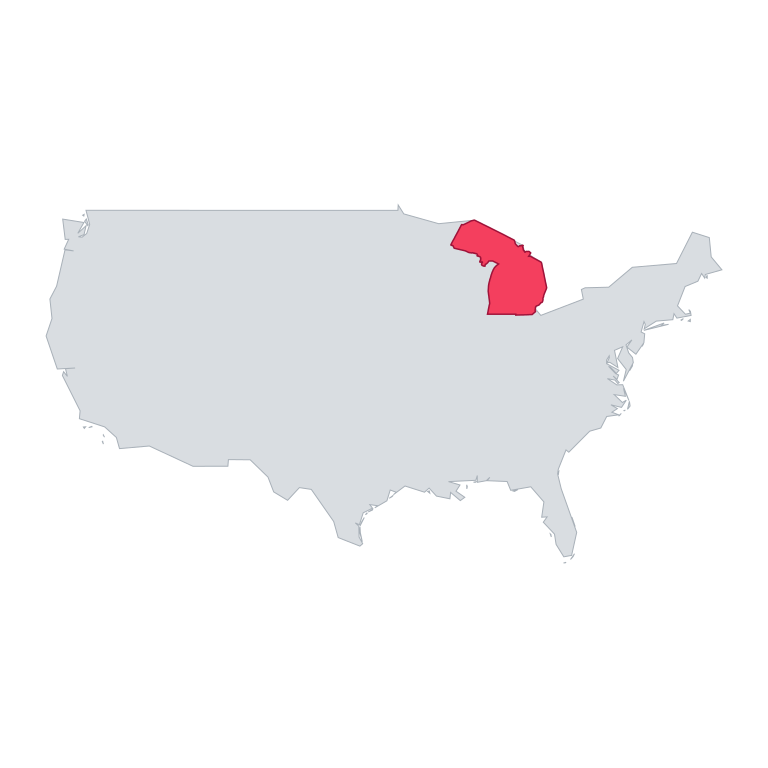 United States of America, with Michigan highlighted
{"feature_id": "USA-3562", "entity_name": "Michigan", "entity_type": "State", "adm_level": 1, "iso_a3": "USA", "parent_name": "United States of America", "parent_adm1": "", "projection": "robinson", "projection_center": [-86.829, 45.001], "detail": "fine", "context": "in_parent", "style": "filled", "palette": "rose", "viewbox_px": 768, "rotation_deg": 0, "n_neighbors": 0, "source": "natural_earth", "source_scale": "10m", "svg_char_len": 8699}
<svg xmlns="http://www.w3.org/2000/svg" viewBox="0 0 768 768"><path d="M632.3,267.3L676.5,263.5L692.4,232.2L709.3,237.6L711.2,256.9L721.9,269.8L705.3,274.5L704.7,278.1L701.6,273.5L697.9,281.2L685.1,286.5L677.5,305.9L685.4,314.2L690.3,313.2L688.8,309.6L690.4,311.3L691.1,315.4L676.9,318.1L674.0,313.7L672.8,319.7L656.3,321.1L644.2,328.8L645.3,324.4L644.0,321.6L641.1,332.0L644.7,333.8L643.9,342.7L635.9,354.2L626.9,347.1L631.9,339.9L626.0,344.9L628.7,352.9L632.5,357.5L633.3,362.6L623.4,381.2L626.2,369.5L617.6,358.5L622.7,346.8L614.5,350.3L617.9,367.5L609.8,362.3L607.0,362.9L609.4,357.5L609.2,355.8L606.6,360.0L606.6,363.7L619.0,370.3L616.3,373.4L610.7,367.4L608.6,366.4L615.6,373.6L618.6,375.0L617.0,379.4L613.2,376.0L619.2,382.6L617.8,383.5L614.9,380.1L607.4,378.6L616.8,384.9L622.7,384.7L629.0,400.6L623.5,388.3L625.4,396.3L614.2,394.6L622.4,402.5L626.3,400.2L621.5,407.4L610.9,404.8L617.4,408.6L611.9,412.2L618.6,414.8L606.7,416.5L600.8,428.0L589.7,431.2L568.8,452.2L566.0,449.9L558.3,469.2L557.6,473.9L561.2,488.7L576.7,532.4L571.6,555.4L563.8,556.8L556.1,544.4L554.5,534.1L543.3,522.2L547.1,516.9L541.7,517.2L543.9,501.9L530.8,486.8L510.7,490.3L507.1,481.5L487.3,480.7L489.8,477.3L486.3,480.7L477.3,482.3L477.3,475.5L475.8,480.3L448.5,481.6L460.0,485.0L456.0,491.2L464.8,497.3L460.3,500.6L450.6,492.4L449.9,498.8L436.5,496.1L429.1,488.1L424.5,492.2L405.0,486.0L393.4,494.7L396.3,492.3L390.2,490.0L386.9,500.8L374.8,507.8L377.6,505.7L369.8,504.6L372.5,508.2L363.2,512.8L359.4,524.7L355.3,522.9L358.8,526.1L359.1,537.1L362.7,543.7L359.9,546.1L338.2,537.6L333.7,521.5L311.3,489.4L299.4,487.6L287.6,500.3L273.7,491.9L268.0,477.1L250.2,459.8L228.4,459.6L227.9,466.2L193.0,466.3L149.3,446.0L119.5,448.6L116.4,437.5L104.7,426.9L79.4,418.7L80.1,410.8L62.4,375.5L63.6,371.7L67.4,376.4L65.5,368.7L75.1,368.0L57.3,369.0L46.1,336.0L52.0,318.5L49.9,299.0L56.6,286.2L65.0,249.9L73.6,250.9L64.2,249.1L68.7,239.3L65.2,239.4L62.7,219.1L83.9,222.5L77.8,233.3L86.1,225.7L84.0,234.6L78.4,236.8L82.1,237.2L86.7,233.5L89.7,224.4L86.0,210.3L397.9,210.4L398.2,205.0L403.8,213.9L438.7,223.7L474.4,220.2L522.7,245.3L524.7,251.8L541.4,262.4L546.7,288.0L535.2,308.7L540.8,315.4L583.3,299.1L581.4,289.5L585.1,287.8L608.7,287.2L632.3,267.3ZM661.5,325.4L668.6,324.3L643.8,330.4L664.1,323.0L661.5,325.4ZM86.3,219.0L88.2,224.7L87.8,225.6L84.6,221.3L86.3,219.0ZM362.3,541.8L359.7,532.2L360.0,526.7L360.3,532.5L362.3,541.8ZM707.2,275.2L707.2,278.2L706.1,277.5L707.2,275.2ZM429.3,490.9L429.8,493.2L427.6,491.4L429.3,490.9ZM88.7,427.6L91.8,426.4L92.0,426.8L88.7,427.6ZM85.6,426.8L84.3,428.4L83.4,427.0L85.6,426.8ZM683.4,318.6L681.6,320.4L681.0,320.0L683.4,318.6ZM361.8,521.6L360.0,526.0L364.3,517.5L361.8,521.6ZM572.2,517.9L575.2,526.6L571.7,517.1L572.2,517.9ZM103.3,434.8L104.5,437.2L103.2,435.0L103.3,434.8ZM573.0,556.7L570.5,559.5L574.5,553.7L573.0,556.7ZM630.1,406.0L627.5,409.3L629.4,401.3L630.1,406.0ZM84.1,214.4L83.8,216.0L82.7,215.2L84.1,214.4ZM372.5,510.0L368.2,512.0L372.7,509.3L372.5,510.0ZM690.3,319.4L690.3,321.6L688.2,321.0L690.3,319.4ZM102.7,441.3L103.4,444.1L102.3,441.6L102.7,441.3ZM367.1,513.6L365.4,514.7L366.9,513.0L367.1,513.6ZM632.3,366.2L629.6,370.7L632.7,364.5L632.3,366.2ZM392.1,496.6L389.2,498.3L393.3,495.3L392.1,496.6ZM558.8,471.5L558.3,475.0L558.0,472.5L558.8,471.5ZM619.6,415.4L618.6,416.1L621.3,413.4L619.6,415.4ZM517.9,489.6L514.5,491.4L513.2,491.0L517.9,489.6ZM476.1,481.7L475.4,482.3L473.5,482.2L476.1,481.7ZM550.9,534.4L551.3,537.0L550.3,533.9L550.9,534.4ZM467.3,486.6L466.8,488.9L466.7,484.8L467.3,486.6ZM565.4,562.8L563.5,563.0L566.1,562.3L565.4,562.8ZM643.3,344.3L642.0,346.5L643.6,343.3L643.3,344.3ZM625.4,410.0L624.2,410.8L624.0,410.7L625.4,410.0Z" fill="#d9dde1" stroke="#a8b0b8" stroke-width="1"/><path d="M461.6,224.6L462.0,224.6L462.9,224.8L463.1,224.8L463.4,224.7L464.5,224.2L466.2,223.4L469.8,221.6L471.4,220.8L472.1,220.7L474.0,220.2L474.4,220.2L474.7,220.2L476.8,221.3L481.1,223.4L483.2,224.5L485.3,225.5L487.5,226.6L489.6,227.6L491.7,228.7L492.9,229.3L494.1,229.9L495.3,230.5L496.5,231.1L497.7,231.7L501.3,233.5L502.7,234.2L505.6,235.7L508.4,237.2L509.9,237.9L511.3,238.7L512.8,239.4L512.9,239.5L513.1,239.6L513.3,239.7L513.5,239.8L513.9,240.0L514.1,240.1L514.4,240.5L514.5,240.8L514.8,241.6L515.0,242.4L515.3,243.7L515.5,244.0L516.4,245.0L517.6,246.3L517.9,246.5L518.2,246.6L518.5,246.6L518.9,246.4L519.1,246.2L519.5,245.8L519.9,245.6L520.3,245.6L520.9,245.9L521.6,245.5L522.1,245.3L522.7,245.3L523.1,245.5L522.6,246.9L522.7,247.4L522.9,247.7L523.2,248.1L523.1,248.4L523.1,248.6L523.1,248.8L523.2,249.1L523.3,249.5L523.3,249.8L523.4,250.2L523.8,250.6L524.2,250.9L524.3,251.4L524.4,251.5L524.5,251.6L524.7,252.0L524.9,252.2L525.1,252.2L525.3,252.1L525.9,251.5L526.1,251.4L526.3,251.4L526.6,251.4L527.2,251.5L528.3,251.4L528.9,251.4L529.5,251.8L530.1,252.4L530.3,252.5L530.5,252.7L530.7,252.9L530.6,253.2L530.1,254.0L529.6,254.9L528.7,256.3L530.5,256.3L531.9,257.1L533.8,258.2L535.9,259.3L540.9,262.0L541.4,262.6L541.6,263.1L542.8,269.2L543.5,272.2L544.1,275.2L544.7,278.3L545.3,281.3L546.6,287.4L546.6,287.6L546.6,287.9L546.5,288.3L546.2,289.2L545.8,290.1L545.1,291.9L544.7,292.8L544.0,294.6L543.7,295.5L543.6,296.0L543.6,296.5L543.5,297.0L543.2,297.4L543.1,297.9L543.0,298.2L542.9,298.6L542.9,298.9L543.0,299.2L543.0,299.3L543.0,299.7L542.9,300.3L542.6,301.4L542.4,301.8L542.2,302.2L541.9,302.4L541.5,302.6L541.1,302.6L540.5,303.2L539.3,304.7L538.9,305.0L537.6,305.6L536.5,305.9L536.0,306.3L535.7,306.8L535.5,307.2L535.4,307.8L535.4,309.0L535.1,310.0L535.2,310.7L535.5,311.6L532.2,314.5L530.6,314.6L529.5,314.6L528.5,314.7L527.6,314.7L526.6,314.8L525.7,314.8L524.7,314.8L523.7,314.9L522.7,314.9L521.7,314.9L520.7,314.9L519.7,315.0L518.7,315.0L517.7,315.0L515.8,315.1L515.8,314.2L515.0,314.2L513.2,314.2L511.3,314.2L510.4,314.2L509.5,314.2L507.7,314.2L506.8,314.2L505.8,314.2L504.0,314.2L502.2,314.2L500.4,314.2L499.4,314.2L498.5,314.2L497.6,314.2L496.7,314.2L495.8,314.2L493.0,314.2L491.2,314.2L489.4,314.2L488.5,314.2L487.5,314.2L487.7,313.2L488.0,311.7L488.3,309.9L488.6,308.4L488.9,307.1L489.1,305.8L489.7,303.5L489.5,301.6L489.4,300.6L489.2,299.1L489.0,297.8L488.9,296.4L488.6,294.6L488.4,292.8L488.2,291.4L488.2,290.8L488.3,289.4L488.4,288.0L488.5,286.2L488.6,285.2L488.9,283.6L489.2,282.2L489.6,280.8L489.9,279.4L490.5,277.8L490.8,276.5L491.2,275.0L491.7,273.7L492.1,272.4L492.9,270.7L493.3,269.6L493.8,268.9L494.2,268.1L494.6,267.5L495.3,266.8L495.8,266.3L496.3,265.7L497.2,265.0L497.9,264.6L498.6,264.0L498.2,263.8L497.8,263.6L497.5,263.4L497.1,263.2L496.7,263.0L496.4,262.8L496.0,262.7L495.3,262.3L494.9,262.1L494.5,261.9L494.1,261.7L493.7,261.5L492.9,261.1L492.7,261.0L490.9,261.0L489.6,261.0L488.9,261.0L488.4,261.6L488.0,262.3L487.7,262.7L487.1,263.2L486.4,263.9L485.3,264.4L485.1,265.4L484.9,266.2L484.3,266.1L483.7,266.1L483.1,265.8L482.4,265.6L482.2,265.5L482.2,265.4L482.0,265.2L481.7,264.9L481.6,264.7L481.5,264.0L481.6,263.9L481.8,263.3L482.1,262.7L482.4,262.4L482.4,262.2L482.2,261.9L481.9,261.8L481.1,262.2L480.9,262.2L480.5,262.1L480.4,262.2L480.2,262.2L479.9,262.1L479.8,261.9L479.9,261.6L480.0,261.3L479.9,261.2L480.0,261.0L480.0,260.9L480.4,260.7L480.5,260.6L480.6,260.4L480.7,260.2L480.6,259.6L480.5,259.3L480.5,259.2L480.8,259.0L480.8,258.9L480.8,258.6L480.6,258.2L480.5,257.9L480.6,257.7L480.6,257.4L480.3,257.1L480.2,257.0L480.0,256.9L479.9,256.8L479.8,256.6L479.7,256.6L479.0,256.4L478.8,256.4L478.7,256.4L478.5,256.1L478.4,256.1L478.1,256.1L477.9,256.1L477.6,256.1L477.4,256.0L477.3,255.9L477.2,255.9L477.1,255.7L477.1,255.4L477.4,255.1L477.5,254.9L477.4,254.7L477.1,254.1L476.9,254.0L476.8,253.9L476.7,253.9L476.4,253.7L476.2,253.6L475.9,253.7L475.6,253.6L475.4,253.5L475.3,253.4L474.9,253.4L474.7,253.4L474.3,253.2L474.2,253.1L473.9,253.2L473.7,253.1L473.3,253.0L473.2,252.9L473.0,253.0L472.9,253.0L472.8,252.9L472.6,252.8L472.5,252.7L472.4,252.7L472.2,252.7L472.0,252.8L471.9,252.8L471.7,252.8L471.3,253.0L471.2,253.0L471.1,252.9L470.7,252.8L470.4,252.7L470.1,252.6L469.9,252.6L469.7,252.7L469.4,252.6L469.2,252.5L468.8,252.5L467.9,252.1L466.5,251.4L465.8,251.1L465.6,250.9L465.2,250.8L464.2,250.6L463.5,250.4L461.8,250.0L460.8,249.8L458.8,249.3L457.9,249.1L457.0,248.9L456.2,248.7L455.5,248.5L454.9,248.4L454.5,248.3L454.2,248.2L454.0,247.8L453.5,246.8L453.2,246.1L453.1,245.9L452.9,245.8L452.8,245.7L452.7,245.7L452.4,245.6L452.1,245.5L451.9,245.4L451.8,245.1L451.7,245.1L451.4,245.2L451.2,245.3L451.1,245.2L450.9,245.0L450.9,244.7L451.0,244.5L451.3,243.9L451.6,243.3L452.9,240.8L453.6,239.6L454.6,237.8L455.2,236.5L455.6,235.9L456.2,234.7L456.6,234.1L456.9,233.4L457.6,232.2L458.6,230.3L458.9,229.6L459.3,229.0L459.6,228.4L459.9,227.7L460.3,227.1L460.9,225.8L461.3,225.2L461.6,224.6Z" fill="#f43f5e" stroke="#9f1239" stroke-width="1.5"/></svg>